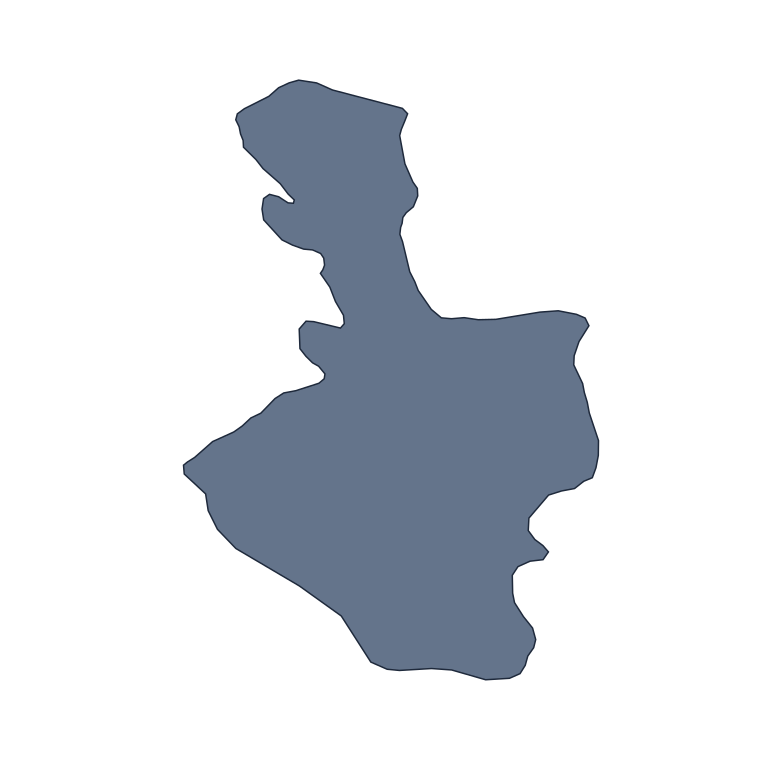 the Governorate of Dhamar, rotated 115°
{"feature_id": "YEM-153", "entity_name": "Dhamar", "entity_type": "Governorate", "adm_level": 1, "iso_a3": "YEM", "parent_name": "Yemen", "parent_adm1": "", "projection": "equal_earth", "projection_center": [44.123, 14.553], "detail": "fine", "context": "isolated", "style": "filled", "palette": "slate", "viewbox_px": 768, "rotation_deg": 115, "n_neighbors": 0, "source": "natural_earth", "source_scale": "10m", "svg_char_len": 1827}
<svg xmlns="http://www.w3.org/2000/svg" viewBox="0 0 768 768"><g transform="rotate(115 384 384)"><path d="M201.1,631.1L193.5,626.9L171.9,609.9L160.0,604.7L151.1,597.2L144.7,589.8L139.6,572.3L139.3,554.9L126.4,483.8L129.1,476.8L136.7,476.3L145.8,475.9L152.2,474.8L175.6,458.1L188.7,443.2L192.6,436.5L199.3,432.9L211.0,432.3L219.3,436.2L225.1,437.3L230.7,435.5L235.0,435.1L241.6,432.9L247.1,427.4L271.4,408.1L278.2,399.4L284.8,392.5L296.4,372.7L299.8,360.0L296.3,350.4L290.0,339.4L285.9,325.7L278.1,309.9L252.9,273.0L244.0,257.0L239.5,239.0L239.2,229.6L244.6,222.9L263.1,225.2L278.0,223.6L286.5,220.1L299.6,204.2L307.1,198.8L314.6,192.1L323.5,185.7L344.6,165.7L358.1,159.6L370.3,156.5L380.9,155.6L387.8,161.9L398.2,167.1L406.0,178.0L415.1,187.9L444.3,196.0L455.9,191.3L461.2,181.6L463.3,171.6L466.7,164.0L476.0,165.6L482.9,176.8L492.9,185.4L503.1,186.9L519.2,179.0L527.0,173.3L535.9,159.3L542.4,146.2L551.5,138.5L559.7,136.9L569.8,138.7L579.3,137.1L589.0,138.3L597.7,145.9L609.1,166.9L614.6,201.9L621.8,220.7L637.1,249.0L641.2,260.6L641.6,278.4L612.3,324.7L602.8,375.4L595.7,448.7L586.1,473.5L573.1,489.8L559.0,499.2L550.0,527.0L542.3,531.4L537.6,529.1L530.6,524.6L508.6,515.0L491.0,499.9L481.9,494.7L471.0,490.3L462.5,483.3L443.2,476.6L434.5,471.1L427.4,461.2L410.8,443.3L404.5,440.4L399.8,441.8L395.5,450.8L395.0,457.7L391.9,466.4L387.5,475.1L370.0,484.1L360.0,481.2L357.2,474.1L351.7,447.1L346.1,445.5L338.8,449.8L329.8,462.8L319.1,474.0L310.6,488.4L306.4,487.7L301.4,488.1L295.4,491.8L292.5,496.6L292.7,505.5L295.7,513.8L296.8,525.7L296.5,537.4L286.1,562.4L277.0,568.5L266.8,571.5L260.5,567.9L258.8,558.6L260.4,547.6L258.5,542.5L255.1,543.1L252.4,551.1L246.3,562.7L239.9,584.7L234.7,594.9L228.8,611.4L222.8,614.6L218.0,619.7L212.1,624.0L207.2,630.0L201.1,631.1Z" fill="#64748b" stroke="#1e293b" stroke-width="1.5"/></g></svg>